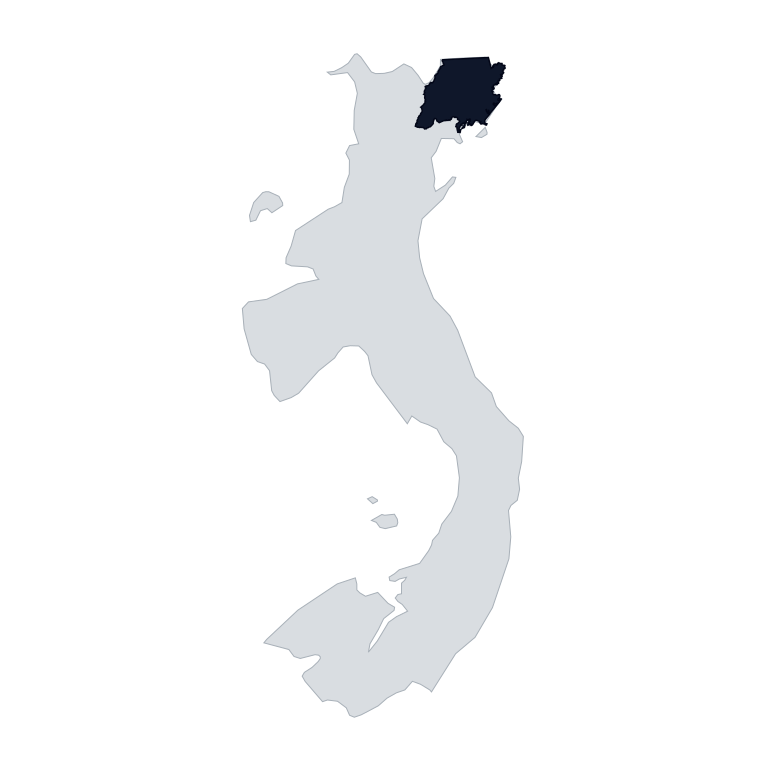 location of Changuinola, Bocas del Toro, Panama, rotated 87°
{"feature_id": "35544464B1778139424471", "entity_name": "Changuinola", "entity_type": "district", "adm_level": 2, "iso_a3": "PAN", "parent_name": "Panama", "parent_adm1": "Bocas del Toro", "projection": "orthographic", "projection_center": [-82.488, 9.215], "detail": "fine", "context": "in_parent", "style": "filled", "palette": "ink", "viewbox_px": 768, "rotation_deg": 87, "n_neighbors": 0, "source": "geoboundaries", "source_scale": "gbopen_adm2", "svg_char_len": 8912}
<svg xmlns="http://www.w3.org/2000/svg" viewBox="0 0 768 768"><g transform="rotate(87 384 384)"><path d="M694.0,352.7L691.9,354.3L685.7,363.4L682.4,371.2L690.6,379.2L693.1,387.9L697.8,397.3L705.1,406.6L713.2,424.1L715.2,431.1L713.0,435.7L705.4,438.6L698.4,447.0L696.6,457.0L698.0,462.0L676.9,478.3L671.5,481.0L667.8,478.6L663.2,470.6L657.7,464.2L654.8,462.0L653.1,461.9L651.4,463.4L650.7,467.0L653.7,482.0L651.4,488.1L644.2,492.9L636.2,517.5L632.9,514.5L605.3,481.8L581.2,441.2L576.1,422.8L582.3,421.6L588.2,421.9L591.3,419.1L595.0,413.6L591.8,401.2L603.2,391.5L607.5,385.1L610.6,385.8L618.3,396.6L629.2,402.7L642.7,411.6L651.0,413.6L640.4,404.2L622.2,391.9L617.0,383.7L612.1,372.3L605.1,377.3L601.9,381.5L598.3,384.0L595.0,381.2L594.4,377.5L583.8,376.9L581.0,373.5L578.2,371.7L579.5,378.8L581.7,383.2L580.6,388.5L577.1,389.0L574.1,383.5L570.3,378.5L565.0,357.8L552.8,348.1L547.2,344.9L542.6,343.7L535.8,337.1L526.9,333.6L514.7,323.3L499.8,316.1L481.6,313.6L459.5,315.4L452.1,319.6L447.1,324.9L444.8,327.3L431.8,333.4L426.9,342.2L423.9,349.5L417.4,357.9L424.9,362.8L382.5,391.4L374.1,395.5L354.9,398.5L350.5,401.6L344.7,407.2L344.0,415.7L344.9,422.9L350.5,428.4L355.4,431.9L367.4,448.6L388.7,469.7L392.7,477.4L396.1,488.8L389.7,494.2L384.8,496.5L364.7,497.6L357.8,502.2L355.0,509.2L347.5,515.0L321.6,520.8L301.2,521.5L294.9,515.0L293.3,496.6L279.5,465.2L276.1,443.6L272.7,446.3L265.4,448.8L263.0,454.2L261.2,470.2L258.6,475.7L252.9,475.2L241.4,469.5L226.1,464.3L206.5,430.5L204.4,424.1L200.6,416.5L185.5,413.3L172.6,407.7L158.6,406.8L151.4,410.0L144.1,405.9L142.8,396.7L128.1,400.8L109.2,399.4L92.3,395.4L80.8,397.5L71.1,404.1L72.5,421.0L69.6,424.3L69.2,417.4L65.8,409.5L61.8,402.9L53.3,396.1L52.8,393.6L56.2,390.1L71.7,380.3L73.6,376.2L73.8,367.6L72.4,359.4L65.4,347.4L69.4,339.9L77.4,333.9L85.5,329.2L86.9,327.2L85.4,323.1L80.6,318.7L69.5,311.1L62.8,310.6L62.6,288.9L62.9,265.9L64.6,263.7L68.7,262.3L72.0,258.8L73.8,252.0L78.7,249.6L87.5,254.8L96.4,259.5L100.1,257.9L103.0,255.7L104.9,253.4L105.6,251.3L112.7,257.5L127.4,268.3L128.3,273.7L126.9,278.8L130.9,293.5L138.5,295.7L146.2,292.8L148.1,295.5L146.7,298.2L142.7,301.3L141.8,313.9L154.4,319.8L160.6,325.0L181.5,322.5L189.2,323.9L194.4,322.4L188.6,312.3L180.8,304.8L181.4,301.4L187.3,303.9L191.8,309.0L202.1,315.3L221.1,337.3L242.7,342.6L259.9,341.8L275.8,338.8L301.2,330.1L319.6,314.5L334.2,307.6L381.7,292.6L398.5,277.1L405.6,275.0L412.4,273.0L427.2,261.3L435.2,252.2L443.6,247.6L468.7,250.6L485.0,254.8L496.2,254.1L507.1,257.0L511.9,263.6L516.8,266.3L543.3,265.4L565.1,268.4L613.0,287.4L641.7,306.3L657.1,326.6L694.0,352.7ZM214.9,508.9L208.6,509.5L195.9,504.6L186.5,495.1L185.8,492.0L186.0,488.9L191.1,479.1L197.9,475.8L200.5,475.8L207.1,487.0L202.7,491.4L204.5,498.3L213.7,503.4L214.9,508.9ZM521.8,398.9L519.6,403.7L514.2,393.0L515.1,390.2L514.6,380.4L519.6,377.8L523.3,377.5L526.4,378.8L528.5,390.3L526.9,395.6L521.8,398.9ZM143.0,273.8L141.7,279.2L133.0,269.5L138.2,267.9L140.0,268.1L143.0,273.8ZM502.9,401.4L497.8,406.5L495.9,401.7L499.4,396.7L500.6,396.6L502.9,401.4Z" fill="#d9dde1" stroke="#a8b0b8" stroke-width="1"/><path d="M136.2,295.6L136.8,294.9L136.2,294.5L135.4,294.6L134.1,294.0L134.2,294.6L134.5,294.7L134.7,295.3L134.6,295.6L134.4,295.4L134.4,295.8L134.0,295.9L133.7,295.6L132.5,295.6L131.6,295.0L131.2,295.0L130.0,293.9L129.2,293.8L129.2,293.2L129.5,292.9L129.3,293.2L129.5,293.2L129.6,292.8L129.2,293.0L128.7,292.4L128.4,292.6L128.2,292.2L128.3,291.4L127.7,291.4L127.9,290.7L127.6,290.5L128.0,290.2L127.7,290.0L127.8,289.8L127.7,289.6L128.6,289.4L128.4,289.0L128.0,288.9L127.9,289.0L127.6,288.8L127.6,289.0L127.0,288.3L126.8,288.5L126.8,288.3L126.5,288.4L126.2,288.0L125.6,288.0L124.9,287.2L124.4,287.2L124.8,286.7L124.2,286.3L124.4,285.8L124.9,286.3L125.1,286.2L124.3,285.3L124.4,284.4L124.2,284.4L123.8,284.2L124.0,283.8L123.9,284.1L124.2,284.3L124.5,284.3L124.6,284.1L125.3,284.5L125.2,284.3L125.4,284.0L125.2,284.3L125.9,284.4L125.8,284.7L126.2,285.0L126.2,284.8L127.0,285.2L127.7,285.1L128.1,285.4L128.5,284.9L129.0,285.0L129.0,283.8L129.8,283.8L129.8,283.6L130.0,283.8L130.4,283.5L130.3,282.8L129.6,281.9L126.7,280.0L125.7,279.1L125.5,278.6L125.0,278.3L125.5,278.5L125.4,278.0L126.6,275.0L127.3,275.1L127.8,274.5L127.6,274.0L128.4,274.4L129.0,273.7L129.5,273.5L129.0,271.9L129.3,271.7L129.7,269.7L130.4,269.4L130.8,268.3L130.6,268.0L129.5,267.6L129.1,269.0L128.2,269.7L126.1,269.6L124.5,268.5L120.4,264.6L119.8,264.1L119.2,264.2L118.7,263.7L118.4,264.4L119.4,265.3L119.0,266.5L117.9,266.8L118.1,266.5L117.8,266.5L117.0,267.1L117.0,267.5L116.8,267.6L116.9,267.9L116.7,267.5L117.0,267.1L116.8,267.0L115.6,267.8L115.3,267.4L114.9,267.8L115.2,267.3L117.2,266.9L117.7,266.3L118.8,266.4L119.2,265.7L119.0,265.1L118.5,264.8L118.2,266.0L117.7,266.1L117.3,265.2L116.5,265.3L115.6,264.7L116.5,265.1L117.3,265.1L117.7,265.9L118.1,265.9L118.3,265.2L118.3,263.8L118.7,263.6L119.3,263.9L108.3,254.0L105.6,252.0L105.4,252.1L105.4,253.0L106.8,254.4L106.6,255.1L106.1,255.5L105.4,255.3L104.5,254.0L103.7,253.5L102.2,253.2L101.1,253.6L101.0,254.4L101.7,256.1L100.9,257.7L100.9,259.2L100.3,259.9L99.2,260.3L97.9,259.8L97.6,260.8L96.4,260.7L95.4,259.7L95.2,259.0L94.9,258.7L94.6,259.0L94.7,259.6L94.0,260.4L93.5,260.6L93.1,260.4L93.2,259.7L93.6,259.3L93.6,259.0L92.8,259.3L91.3,259.0L91.1,258.7L91.2,257.8L90.0,257.0L90.1,256.7L90.9,256.3L91.1,255.7L90.8,255.3L90.2,255.4L89.9,255.2L89.8,253.9L89.4,253.7L89.0,253.9L89.3,254.9L89.0,255.3L88.3,254.4L87.0,254.0L87.3,253.0L86.8,252.5L85.4,252.7L85.2,251.7L84.7,251.2L85.0,250.5L84.8,250.3L83.3,250.9L82.9,249.9L82.4,249.9L81.8,250.3L81.7,251.2L81.3,251.4L80.8,250.6L81.1,250.0L80.7,249.3L80.1,249.0L79.6,248.3L79.1,248.2L77.8,249.2L77.0,248.8L76.7,248.1L75.3,247.6L75.2,246.7L74.8,246.5L73.2,247.0L72.3,246.6L72.1,246.9L71.8,249.2L71.4,249.5L70.5,249.3L70.1,249.4L70.0,251.2L69.2,252.6L69.6,252.9L69.6,253.6L70.0,254.0L70.8,253.7L71.1,254.0L71.2,254.9L70.4,255.7L70.7,256.3L70.5,257.2L71.4,258.0L72.5,257.8L72.8,258.2L72.3,258.6L72.4,258.8L73.4,258.5L73.3,259.0L74.0,259.6L73.8,260.2L74.2,260.5L63.4,262.7L63.3,308.5L64.3,309.0L65.9,308.1L66.7,308.1L68.0,307.3L68.5,307.3L68.9,307.6L68.9,308.5L69.7,309.7L69.9,310.6L70.9,311.3L71.9,311.0L72.4,312.1L73.0,312.2L73.5,312.8L74.3,313.0L74.7,313.6L75.8,313.6L76.2,314.0L76.7,314.1L77.1,314.7L77.2,315.4L78.3,315.9L78.2,316.5L78.6,317.0L81.7,317.1L82.1,317.6L83.8,318.2L85.0,319.2L85.4,319.2L85.8,320.2L85.3,321.4L85.8,321.7L85.9,322.1L86.2,322.0L86.6,322.4L86.7,322.9L87.6,323.1L87.9,323.5L88.4,324.4L88.6,326.3L89.1,327.3L89.5,327.3L89.7,326.8L90.8,326.5L91.4,327.0L91.6,327.4L92.8,327.7L93.4,328.3L94.6,328.5L95.1,328.0L95.3,328.3L96.2,328.5L96.8,329.2L97.3,328.4L98.4,327.8L99.6,328.4L101.4,328.2L102.2,327.6L103.0,328.1L103.6,328.2L103.9,327.9L104.1,328.2L105.4,328.3L106.2,329.3L107.1,329.7L107.6,330.5L108.2,330.9L108.6,331.8L109.1,332.1L109.5,332.8L110.1,332.2L110.8,331.9L111.2,332.0L111.8,331.6L114.0,331.6L115.8,333.2L116.8,333.5L117.0,333.4L118.4,335.2L119.6,335.5L119.8,336.0L120.6,335.9L122.2,337.0L122.8,337.2L123.3,336.8L123.6,337.2L124.9,337.7L125.4,337.5L125.5,338.4L128.2,339.2L129.3,337.1L129.3,335.9L129.7,335.4L129.6,333.9L129.9,332.1L129.8,331.3L130.2,330.9L131.4,330.2L131.3,328.2L130.3,327.4L130.3,326.3L129.7,325.5L129.5,324.2L127.0,321.6L126.1,321.1L125.2,321.3L124.4,320.9L123.4,320.7L122.9,320.3L122.5,320.5L121.5,319.4L121.7,318.6L122.5,317.7L123.3,317.6L124.5,317.1L124.6,316.5L125.9,315.2L124.0,310.2L124.2,309.6L124.0,309.2L124.2,308.5L123.7,308.2L123.9,307.8L123.7,307.6L124.0,307.3L124.1,306.5L124.1,306.0L123.6,305.5L124.0,304.7L123.6,304.7L123.7,304.0L123.0,302.9L122.3,302.6L121.9,302.9L121.6,302.7L120.6,301.2L120.6,300.8L121.0,300.3L121.0,299.9L121.4,299.6L121.2,299.3L121.5,298.6L121.2,298.4L121.4,298.2L121.5,297.5L122.1,296.7L122.6,296.5L123.2,296.8L123.8,296.5L124.2,295.5L125.2,294.8L125.7,294.7L127.1,296.1L127.9,297.1L128.1,297.9L129.3,298.4L130.0,298.2L130.6,298.8L131.0,298.6L131.2,298.0L131.8,297.4L133.0,297.8L134.1,297.4L135.0,297.5L135.5,297.1L136.5,297.1L136.6,295.9L136.2,295.6ZM109.4,260.8L109.8,260.1L110.5,260.0L110.7,259.8L110.6,259.6L110.0,259.7L109.3,259.3L108.6,260.1L109.2,259.2L109.2,258.8L109.3,259.2L110.2,259.6L111.5,258.8L111.8,257.7L111.3,257.1L110.6,256.7L110.6,257.0L110.5,256.6L110.2,256.6L109.9,257.3L109.8,256.8L109.3,256.3L109.5,255.6L112.2,257.8L111.8,258.8L111.0,259.4L111.6,260.2L110.9,259.4L110.6,260.2L109.7,260.2L109.4,260.8ZM130.0,289.6L129.6,289.7L129.6,290.0L130.2,290.6L130.7,291.0L131.7,290.9L132.5,291.8L132.1,290.3L130.0,289.6ZM133.1,293.2L132.7,292.1L132.4,292.2L132.6,292.3L132.6,292.7L133.1,293.2ZM126.7,285.3L126.7,285.6L127.2,286.1L127.1,285.7L126.7,285.3ZM128.3,285.8L128.0,285.8L127.9,285.9L128.1,286.1L128.3,285.8ZM131.0,294.8L131.3,294.6L131.0,294.8ZM129.5,286.4L129.6,286.2L129.3,286.3L129.5,286.4ZM129.6,286.7L129.8,286.7L129.7,286.5L129.6,286.7ZM129.6,284.1L129.4,283.9L129.3,284.0L129.6,284.1Z" fill="#0f172a" stroke="#020617" stroke-width="1.5"/></g></svg>